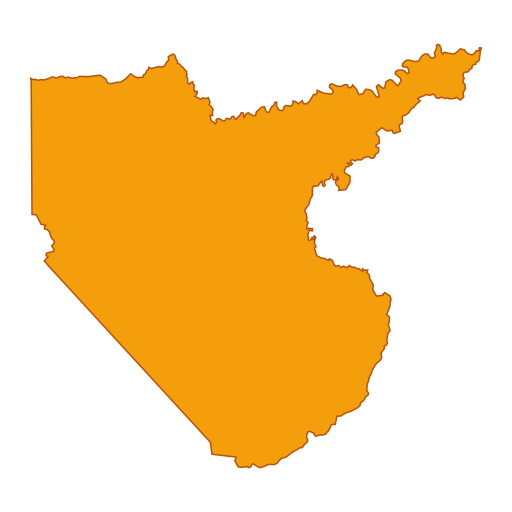 the district of Cotegipe, Bahia, Brazil
{"feature_id": "56859067B54877726124258", "entity_name": "Cotegipe", "entity_type": "district", "adm_level": 2, "iso_a3": "BRA", "parent_name": "Brazil", "parent_adm1": "Bahia", "projection": "orthographic", "projection_center": [-44.17, -11.737], "detail": "fine", "context": "isolated", "style": "filled", "palette": "amber", "viewbox_px": 512, "rotation_deg": 0, "n_neighbors": 0, "source": "geoboundaries", "source_scale": "gbopen_adm2", "svg_char_len": 5903}
<svg xmlns="http://www.w3.org/2000/svg" viewBox="0 0 512 512"><path d="M212.0,454.3L235.8,457.0L235.8,458.8L234.8,460.7L238.0,466.7L240.6,467.4L246.9,466.6L249.1,467.7L251.0,466.5L251.5,464.8L253.1,463.8L258.5,467.2L260.5,467.7L269.2,464.3L273.8,464.6L276.8,463.5L280.1,459.6L281.9,458.3L285.9,457.2L292.0,452.4L300.3,447.7L302.3,447.6L303.7,445.3L307.6,441.5L307.5,439.2L306.6,437.5L306.7,435.3L308.1,431.6L309.7,431.4L313.5,432.9L314.4,434.9L315.9,436.3L320.2,434.8L322.2,435.1L326.0,434.0L326.9,432.1L328.6,430.8L331.3,425.0L333.3,424.2L335.3,424.5L336.8,416.3L341.1,415.9L345.2,413.2L351.5,411.0L357.4,407.8L360.0,405.6L360.4,403.2L364.3,399.7L365.8,396.6L367.7,395.5L368.5,394.0L368.1,392.4L366.8,390.9L367.2,383.7L368.3,381.7L369.3,377.2L371.7,372.8L371.7,371.2L375.6,364.4L380.6,359.8L381.7,357.2L381.1,353.1L384.4,348.4L384.4,346.1L386.4,345.0L387.5,343.1L386.8,341.6L387.6,334.0L390.1,330.5L388.3,324.7L389.4,321.2L389.4,316.8L386.7,314.6L389.9,306.3L390.1,302.0L391.1,299.8L389.9,295.8L384.7,292.6L383.4,293.6L382.8,295.3L376.5,296.1L372.7,289.6L373.4,285.0L369.5,278.3L369.7,276.5L368.7,274.3L366.9,272.4L367.7,270.0L364.5,270.2L362.7,268.9L362.7,271.1L358.7,268.7L356.1,268.3L354.2,267.1L352.0,267.3L349.2,265.4L347.6,267.6L343.0,266.2L341.1,267.6L338.4,265.4L336.0,266.4L334.1,264.6L332.3,260.3L330.7,259.3L329.0,259.0L328.7,260.5L323.8,258.3L321.8,258.3L316.8,255.7L314.4,248.1L316.0,246.7L314.3,243.1L315.0,239.1L313.3,239.6L311.6,238.0L311.1,239.6L309.3,240.7L308.2,239.0L308.7,237.3L307.6,236.2L308.5,232.5L309.3,230.4L312.5,230.9L312.3,228.6L310.2,228.8L308.9,228.1L306.7,229.0L306.8,226.4L308.1,222.4L306.2,220.5L307.0,218.5L306.7,216.5L306.2,213.7L304.8,211.5L305.6,208.8L308.8,204.5L310.2,199.4L312.4,195.5L312.5,187.3L313.7,186.2L318.0,185.9L320.4,182.4L321.9,181.2L322.6,185.4L323.8,186.4L325.1,185.1L324.5,182.7L324.9,180.2L328.8,179.2L330.2,177.9L331.8,173.8L333.2,175.1L332.6,178.1L334.0,180.0L336.4,179.7L335.4,182.7L336.6,185.1L338.5,186.5L339.1,188.1L338.8,190.3L345.8,189.6L350.0,182.2L350.0,176.1L344.6,172.7L344.4,170.5L346.3,166.7L348.8,166.6L349.5,164.8L351.4,165.0L352.5,163.4L350.6,162.1L351.0,160.3L352.7,159.8L355.0,161.0L357.0,159.8L361.4,159.9L364.1,157.6L368.2,156.5L371.1,158.2L372.9,158.2L374.5,157.3L375.7,153.9L377.6,153.2L378.4,151.9L378.8,149.8L378.6,147.8L376.1,146.9L375.9,145.2L379.5,142.9L378.8,136.8L376.6,134.4L376.2,132.5L381.6,127.7L387.1,131.0L392.2,130.2L392.9,132.5L394.5,133.5L400.4,131.2L399.0,125.5L402.2,123.2L402.7,121.5L402.1,117.3L402.9,115.7L405.5,115.3L409.0,112.5L411.4,108.7L413.6,107.4L416.3,104.2L420.2,101.1L417.7,98.6L419.4,97.3L424.0,95.8L426.2,94.5L429.6,95.3L433.4,94.2L434.7,95.1L435.8,97.4L437.6,98.3L439.6,98.1L441.7,97.0L445.1,98.6L447.5,97.7L449.4,98.9L454.6,98.4L456.7,97.5L460.4,100.0L463.7,97.0L463.2,92.7L465.3,88.5L464.9,84.4L463.3,82.6L462.9,80.9L464.1,78.7L462.9,74.4L463.8,73.0L465.5,72.0L467.6,72.1L470.1,69.2L471.9,68.4L471.9,66.6L473.2,64.7L475.6,64.3L476.2,62.2L478.5,61.3L479.4,59.2L480.4,50.6L476.2,50.8L473.9,53.8L472.0,54.9L469.9,54.5L466.0,52.3L464.7,50.1L460.5,48.8L454.8,53.7L452.7,54.0L444.3,52.3L442.8,54.1L441.3,52.1L441.1,48.8L439.5,45.0L437.5,44.3L436.4,45.7L436.7,47.9L434.3,53.3L435.4,56.1L433.7,57.8L431.1,58.1L427.9,54.1L424.4,54.1L421.4,56.4L418.9,60.9L415.2,61.6L408.6,60.1L406.4,60.3L403.0,63.1L402.2,66.0L404.2,67.1L406.6,66.9L408.2,68.5L409.1,72.6L407.6,73.6L403.6,70.5L401.3,70.0L397.6,70.3L395.3,72.0L395.3,73.8L400.2,78.0L401.2,80.6L399.0,84.3L397.3,85.7L392.0,80.1L389.6,79.7L385.9,81.8L384.7,88.0L382.6,88.2L378.4,84.7L376.4,86.5L379.3,96.3L378.1,97.4L376.2,96.6L371.7,90.6L369.5,89.7L365.6,89.2L362.8,93.8L358.8,94.6L356.5,89.3L352.6,85.0L351.9,86.5L350.5,87.6L348.5,87.7L347.2,84.7L344.8,84.6L341.0,86.5L336.9,86.1L331.9,83.8L329.9,84.6L329.4,87.2L332.9,90.3L333.2,92.1L331.4,94.1L323.5,93.2L317.1,90.3L317.1,93.1L315.7,94.7L313.7,94.3L309.2,101.8L306.1,104.0L304.3,103.7L302.8,102.3L302.2,100.6L298.6,103.8L295.7,101.7L293.0,101.0L293.0,103.3L291.4,106.1L285.5,105.5L283.8,107.3L283.6,109.2L281.8,110.8L278.9,109.8L276.6,106.3L276.7,102.2L274.8,102.4L274.0,105.0L271.9,106.5L268.8,112.2L266.5,112.2L264.4,106.8L261.7,107.1L256.2,112.1L255.6,115.4L252.9,115.7L248.2,112.7L245.9,114.0L244.0,117.4L242.9,112.8L241.1,112.9L239.9,115.3L237.3,117.6L236.1,119.5L234.4,118.4L233.7,116.3L231.8,116.7L230.8,118.5L229.2,119.1L227.1,118.3L225.6,119.1L225.1,120.7L222.8,121.0L220.4,119.1L217.5,118.6L215.9,120.1L216.8,121.8L215.3,123.8L214.0,122.1L212.0,121.5L210.7,119.3L210.1,115.3L212.6,115.7L212.4,112.0L213.0,109.5L211.8,107.2L209.1,104.5L209.9,103.1L209.8,101.6L208.2,97.6L206.3,98.6L202.7,97.8L201.1,99.3L195.1,96.5L197.3,93.3L197.1,91.2L194.9,91.9L193.8,88.8L194.4,85.4L192.8,83.5L192.6,81.7L190.4,82.8L189.5,84.2L187.7,83.4L187.5,77.6L186.3,76.3L187.1,74.4L186.3,73.0L186.7,71.5L184.3,69.3L183.4,67.6L181.4,66.4L179.8,64.2L177.5,63.2L177.3,60.9L175.8,58.8L175.4,56.5L174.6,55.0L173.0,54.0L168.3,56.6L168.6,60.2L166.6,62.0L164.8,65.4L163.0,67.0L157.8,66.7L152.7,68.3L150.6,68.3L148.8,67.4L148.5,69.1L146.9,70.7L145.0,74.2L143.5,74.8L143.3,76.9L141.6,77.3L137.4,77.6L135.0,76.8L130.7,73.8L125.5,79.0L120.5,82.2L117.6,82.2L111.1,83.7L107.5,82.9L105.8,79.0L100.0,75.2L88.3,76.6L79.2,76.4L77.5,77.5L71.7,78.2L68.2,77.1L65.1,77.9L63.4,76.5L60.6,76.3L55.8,78.3L53.9,77.1L51.3,77.1L49.3,78.3L43.7,80.0L40.2,79.6L38.5,80.4L35.4,79.3L33.1,79.6L30.7,78.3L31.2,81.4L32.0,214.5L36.4,214.9L41.0,224.3L45.5,225.3L44.3,227.8L45.0,229.3L47.2,229.5L49.1,231.4L51.3,237.7L54.5,241.5L53.6,244.3L51.6,245.8L53.6,248.9L54.1,251.0L46.3,253.3L46.2,255.5L47.9,256.6L44.2,261.2L46.2,262.7L47.5,264.8L210.3,442.2L212.0,454.3ZM336.4,179.7L337.3,176.8L338.4,178.3L338.0,179.9L336.4,179.7ZM349.5,164.8L347.4,163.2L349.1,163.0L349.5,164.8ZM315.0,239.1L315.8,237.2L314.2,235.9L313.0,237.1L315.0,239.1ZM480.4,50.6L481.3,48.0L479.4,47.7L479.2,49.4L480.4,50.6Z" fill="#f59e0b" stroke="#b45309" stroke-width="1.5"/></svg>